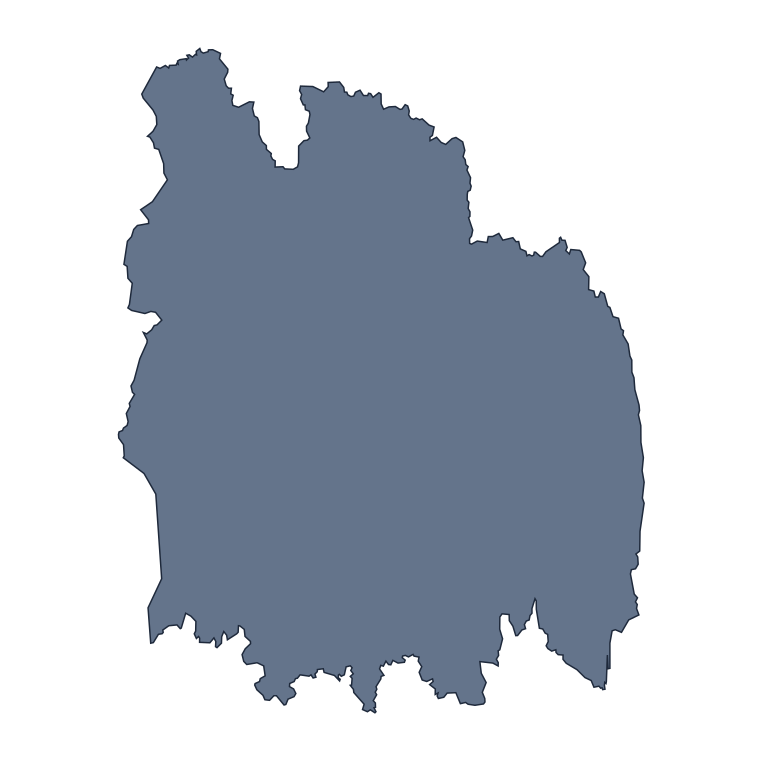 the district of Mindat, Chin, Myanmar, rotated 182°
{"feature_id": "60261553B42580025975984", "entity_name": "Mindat", "entity_type": "district", "adm_level": 2, "iso_a3": "MMR", "parent_name": "Myanmar", "parent_adm1": "Chin", "projection": "natural_earth1", "projection_center": [93.412, 21.435], "detail": "fine", "context": "isolated", "style": "filled", "palette": "slate", "viewbox_px": 768, "rotation_deg": 182, "n_neighbors": 0, "source": "geoboundaries", "source_scale": "gbopen_adm2", "svg_char_len": 6065}
<svg xmlns="http://www.w3.org/2000/svg" viewBox="0 0 768 768"><g transform="rotate(182 384 384)"><path d="M313.3,73.0L310.1,77.3L301.4,78.0L296.5,67.2L291.3,68.6L288.8,66.9L281.9,66.1L273.4,67.7L272.0,69.7L272.3,73.2L275.0,79.3L271.5,89.2L276.7,98.3L278.5,109.9L265.5,108.9L260.1,106.2L260.1,109.5L262.1,112.9L260.0,116.7L260.6,121.4L259.0,122.4L256.6,133.5L259.8,142.9L260.1,155.2L258.0,158.4L250.9,158.0L250.5,151.8L246.7,146.4L243.5,137.1L241.7,137.3L237.6,143.0L234.0,144.4L235.3,148.5L233.5,152.1L230.7,153.2L230.0,157.7L228.1,160.1L228.3,164.7L225.6,174.7L224.3,172.6L223.9,164.2L220.2,145.3L216.8,144.7L214.2,140.6L211.7,139.5L210.9,132.3L212.8,128.0L211.0,125.3L207.1,122.9L203.0,124.4L202.7,121.7L200.5,119.6L195.6,119.4L195.5,115.1L192.2,111.3L181.1,105.2L172.9,97.6L166.6,94.9L163.6,88.3L158.6,89.5L156.9,87.6L155.5,88.0L154.8,86.2L152.5,86.7L153.2,90.6L153.0,93.5L151.7,92.4L151.4,94.3L151.3,120.9L150.2,107.2L148.3,107.7L149.2,133.0L147.4,145.3L144.3,146.5L138.0,144.1L131.2,156.8L121.2,162.1L123.8,168.5L123.2,172.5L125.1,175.0L123.2,179.2L126.6,182.8L131.1,202.8L130.3,207.1L126.2,208.1L123.7,212.7L124.4,220.0L126.3,222.9L122.6,226.0L123.0,245.8L119.9,274.0L121.8,279.0L120.6,294.9L123.0,306.4L122.2,319.4L125.2,334.6L125.9,351.4L128.7,362.1L127.7,366.5L128.4,371.9L133.1,387.1L134.4,399.0L136.7,404.5L137.2,416.6L139.2,420.5L141.4,432.5L147.0,441.4L146.5,445.6L149.0,447.3L151.9,457.9L157.5,459.3L160.9,468.4L163.1,469.4L167.0,481.9L170.7,484.0L172.8,478.4L175.9,478.3L177.5,484.2L182.8,485.5L183.0,498.4L188.9,505.3L186.7,512.1L191.5,522.9L193.2,524.4L202.0,524.9L203.3,520.4L207.0,523.7L205.7,526.9L208.1,533.9L211.2,533.9L212.6,536.8L213.8,535.8L213.6,531.5L226.8,521.8L230.0,517.0L232.3,517.0L237.1,521.0L238.4,521.0L238.9,518.0L240.6,517.1L243.5,518.4L245.6,517.1L246.8,521.5L252.5,523.8L254.4,531.1L257.1,530.8L260.3,534.7L270.3,531.9L274.5,538.5L280.5,535.2L284.9,535.0L285.9,529.0L295.8,530.1L301.5,526.8L303.3,527.5L303.6,532.2L301.7,535.0L300.7,540.9L305.3,553.2L304.0,554.5L304.1,559.1L306.0,562.3L305.5,568.6L307.3,570.7L307.4,576.5L307.0,579.4L304.6,580.7L303.8,584.8L305.1,587.7L304.7,593.2L308.6,600.7L307.5,604.2L309.9,606.2L310.7,611.0L312.9,613.9L311.4,620.3L313.8,628.7L320.7,632.9L324.5,631.6L330.7,625.6L335.3,627.4L340.1,632.4L346.5,628.7L346.7,632.2L344.3,634.1L342.9,642.6L348.0,644.3L355.1,650.3L357.7,649.3L361.2,650.9L363.6,649.5L366.4,650.4L368.8,653.8L368.3,657.7L370.0,662.7L372.6,663.9L375.6,659.4L377.6,659.0L382.3,661.7L388.7,661.1L394.0,658.6L396.6,663.8L397.1,673.7L399.3,674.9L405.0,670.1L407.5,673.7L409.6,674.0L410.4,671.7L414.6,671.6L418.2,676.8L422.7,674.6L424.3,670.7L427.1,670.1L430.3,671.8L431.3,674.3L433.7,674.4L434.6,679.0L439.0,684.3L450.4,683.4L450.1,679.2L454.5,673.9L465.5,678.8L477.8,678.8L478.6,674.2L476.4,670.5L477.4,666.2L474.4,660.1L472.8,660.2L472.1,655.4L468.2,654.0L467.4,650.7L468.7,642.1L470.5,638.9L470.2,634.0L466.7,627.3L469.1,625.0L472.5,624.4L477.6,618.8L477.1,602.1L478.0,598.0L482.2,595.4L490.7,595.5L492.5,597.6L500.4,597.0L500.5,603.2L503.2,604.6L505.0,607.9L504.7,610.4L509.7,614.4L509.9,618.2L514.1,621.7L517.5,628.9L518.2,642.0L519.8,645.7L523.0,647.4L525.1,654.8L523.9,661.2L528.4,661.3L539.0,655.5L544.8,657.2L545.9,662.0L544.8,667.3L547.3,668.6L546.8,674.3L549.7,674.2L552.1,676.5L554.3,683.2L551.1,690.1L551.0,693.2L559.8,703.2L558.9,708.7L566.8,712.1L571.1,711.8L571.3,710.0L576.1,708.4L578.5,709.7L579.8,712.9L583.3,709.9L582.8,706.4L583.9,706.9L586.8,704.0L590.1,706.2L592.5,705.6L590.7,702.9L592.7,700.9L593.0,702.2L599.4,701.0L601.6,699.5L600.9,696.5L602.2,697.3L602.9,695.4L609.5,694.9L610.2,692.3L613.6,694.7L618.8,691.6L622.3,692.9L636.2,665.3L634.6,661.3L624.4,649.7L620.9,643.5L620.1,635.3L623.7,628.5L629.0,623.3L626.6,622.6L622.8,617.0L621.6,611.7L617.3,610.6L611.9,596.5L611.3,587.1L607.6,580.5L621.8,558.1L633.3,549.7L625.1,539.9L624.8,536.2L636.0,533.8L639.5,529.8L641.5,522.4L645.4,517.7L648.1,494.5L644.8,492.6L643.6,480.7L639.1,475.9L641.2,454.6L642.6,451.1L638.8,448.7L625.4,446.1L619.5,448.4L614.8,447.7L608.3,440.1L613.0,435.1L615.7,434.4L618.1,430.0L622.9,425.8L626.3,427.1L622.2,419.7L622.3,417.0L628.9,400.7L633.9,379.0L636.8,373.2L635.1,366.9L632.9,364.9L637.9,355.7L637.0,352.7L640.5,345.5L638.4,337.5L639.3,333.6L642.8,330.9L643.7,328.4L647.1,326.9L647.6,324.4L647.2,320.8L642.2,314.3L641.1,303.1L642.0,301.2L620.7,286.2L608.2,266.0L599.4,181.6L612.0,152.1L608.1,116.8L605.5,117.5L600.7,126.0L597.0,126.7L596.0,128.0L596.5,130.4L590.6,134.9L582.5,136.0L579.1,132.4L578.1,133.0L574.2,148.0L568.9,145.3L563.7,140.2L563.6,130.5L564.9,127.7L562.6,123.1L560.5,125.2L559.4,123.6L559.3,119.4L549.0,119.3L545.1,124.3L543.1,120.8L543.2,115.6L541.7,114.7L537.4,119.3L537.4,125.7L535.5,131.0L532.5,127.5L531.6,122.9L522.5,129.2L521.1,130.8L521.0,137.4L519.6,137.2L515.1,133.9L514.1,126.9L508.5,122.1L508.3,119.8L513.4,114.6L516.4,108.6L514.5,101.9L511.4,98.9L501.1,101.0L494.4,98.1L492.6,88.2L497.4,85.2L498.0,82.3L502.4,80.1L502.7,78.6L500.4,74.0L494.1,68.7L492.0,64.3L487.3,63.9L483.2,68.6L480.6,68.7L472.7,59.7L470.9,60.3L468.9,65.7L463.0,68.4L461.3,71.6L463.7,76.1L467.9,78.3L467.8,81.4L463.4,83.5L462.2,86.5L460.3,86.9L457.7,90.4L448.7,89.4L446.8,90.8L444.6,87.7L441.8,88.6L442.9,91.7L440.7,94.1L440.6,96.3L434.8,97.3L433.8,93.7L423.4,91.0L418.0,85.7L417.5,87.4L419.5,88.9L419.4,91.6L418.5,92.3L416.5,90.4L413.5,92.0L412.0,100.0L407.8,101.2L406.0,99.3L407.2,96.5L404.6,93.3L407.5,90.6L405.6,88.7L405.9,82.0L407.2,81.7L403.9,77.8L403.4,74.6L392.7,63.3L394.1,57.9L389.1,55.9L386.3,57.9L381.6,55.1L380.6,56.2L382.7,60.1L381.2,60.6L381.5,64.9L383.7,67.1L380.5,73.2L382.0,75.7L380.5,78.7L381.4,81.2L376.9,89.1L376.7,91.7L373.9,92.8L378.5,99.1L377.4,102.7L374.8,102.0L372.4,107.1L369.7,103.8L367.4,103.6L365.5,108.1L360.3,105.6L353.9,106.6L353.2,108.8L356.2,111.1L355.9,112.8L353.2,113.5L350.0,112.1L345.5,114.8L344.5,113.1L339.5,112.3L340.1,108.2L336.4,102.8L338.8,97.1L335.5,89.5L330.9,88.2L325.2,91.0L324.5,88.4L327.9,85.2L322.1,81.0L322.0,75.5L319.2,77.1L320.0,74.1L318.7,71.6L313.3,73.0Z" fill="#64748b" stroke="#1e293b" stroke-width="1.5"/></g></svg>